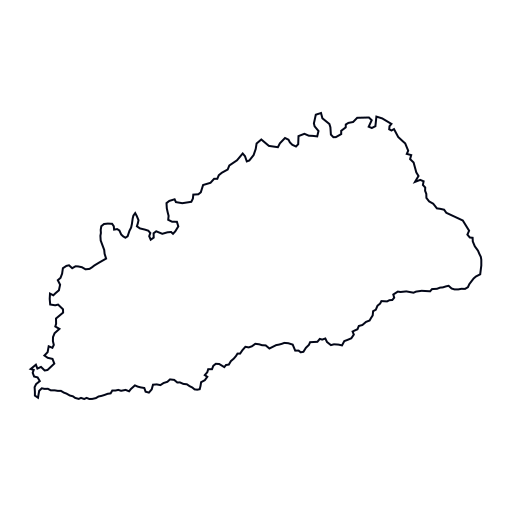 the district of São Pedro do Sul, Rio Grande do Sul, Brazil
{"feature_id": "56859067B93092116954430", "entity_name": "São Pedro do Sul", "entity_type": "district", "adm_level": 2, "iso_a3": "BRA", "parent_name": "Brazil", "parent_adm1": "Rio Grande do Sul", "projection": "mercator", "projection_center": [-54.269, -29.603], "detail": "fine", "context": "isolated", "style": "outline", "palette": "ink", "viewbox_px": 512, "rotation_deg": 0, "n_neighbors": 0, "source": "geoboundaries", "source_scale": "gbopen_adm2", "svg_char_len": 4488}
<svg xmlns="http://www.w3.org/2000/svg" viewBox="0 0 512 512"><path d="M199.7,389.2L200.5,386.0L201.1,382.2L204.8,380.2L207.3,376.8L204.8,375.1L207.3,372.2L208.2,369.2L212.0,369.2L213.3,365.8L215.8,363.8L219.2,364.0L224.3,367.1L226.0,365.0L228.8,364.6L230.9,361.1L233.8,358.6L236.0,356.0L237.5,353.6L240.1,353.6L242.4,350.2L245.4,346.8L248.7,347.4L251.9,346.3L255.3,343.8L259.2,344.3L262.0,345.2L265.7,345.4L269.4,348.5L276.2,345.1L279.0,344.6L281.9,343.8L284.3,342.9L288.2,343.2L292.7,344.6L295.2,350.6L298.6,350.6L300.7,352.3L303.4,351.8L305.9,347.8L308.9,344.9L310.1,342.2L317.4,341.8L319.8,338.9L322.2,339.6L325.3,338.5L327.0,342.0L330.9,345.1L334.0,344.3L338.5,344.6L342.0,345.4L344.3,341.1L347.5,339.9L351.3,338.3L353.8,334.6L352.6,331.5L357.5,329.2L358.8,326.0L362.4,325.0L366.0,321.9L369.6,320.5L370.9,318.2L372.7,315.4L373.1,311.2L375.8,309.7L377.5,305.7L380.1,303.6L381.4,301.1L387.1,301.4L389.4,300.2L392.3,300.0L394.2,297.7L393.3,294.5L397.8,291.6L400.5,292.0L406.3,291.4L413.5,292.7L416.1,291.6L421.7,290.8L430.1,291.3L432.0,289.1L437.0,288.8L440.1,287.6L442.8,287.4L445.9,286.4L448.6,285.8L451.6,288.5L454.5,289.4L458.3,289.4L461.4,288.8L465.0,288.9L467.9,287.2L469.4,284.0L473.6,278.5L475.9,276.5L480.2,274.3L481.3,265.5L481.3,259.7L480.8,256.8L479.4,254.0L478.0,250.7L474.8,246.3L472.8,241.5L472.6,237.8L469.8,237.5L467.4,234.6L469.1,230.7L462.8,220.5L446.3,212.8L444.1,209.7L440.1,208.8L436.9,208.4L433.2,203.7L429.1,201.4L426.4,197.9L426.3,193.9L425.1,190.8L425.2,187.5L422.9,185.0L423.6,181.3L420.2,179.9L415.0,181.9L416.7,179.0L418.5,176.0L416.3,172.4L413.6,162.5L410.1,159.1L411.2,155.1L406.8,153.9L408.2,150.7L405.2,143.4L402.6,141.1L398.2,137.0L394.0,129.1L391.5,130.5L389.2,129.3L389.5,126.2L391.4,123.9L382.2,118.4L376.4,116.6L375.4,126.2L371.8,128.0L368.7,126.7L371.7,120.2L368.9,117.5L357.2,117.8L353.1,122.0L348.4,122.9L345.8,124.5L345.7,127.4L341.2,130.8L341.2,134.1L335.9,137.1L333.4,137.2L330.9,134.6L330.4,127.3L329.4,124.0L322.4,118.3L321.0,113.0L315.8,114.7L313.9,123.4L314.6,126.3L318.5,131.0L317.2,136.4L313.0,135.9L308.8,135.7L304.4,133.8L298.5,136.1L298.2,144.2L296.0,146.5L292.3,144.8L289.9,142.4L288.5,139.7L285.0,138.0L279.9,143.3L277.9,147.2L268.9,145.9L261.3,139.5L256.6,143.5L255.7,149.0L253.6,155.1L249.3,160.5L246.8,161.4L245.0,156.2L242.7,153.5L237.0,160.3L229.3,165.5L227.7,169.5L221.9,172.7L218.8,175.2L217.3,178.8L214.1,178.8L210.5,182.8L203.1,185.0L200.8,192.3L198.3,194.3L193.3,194.6L192.9,198.6L191.3,201.8L182.3,203.2L175.9,202.1L174.6,199.3L169.3,200.9L166.5,203.1L166.8,208.3L167.7,212.4L168.6,215.9L168.2,219.8L172.0,221.7L176.9,221.8L178.3,226.4L175.3,231.3L173.0,233.8L171.1,232.0L167.5,232.3L162.3,233.8L156.2,231.3L153.6,233.3L153.7,237.6L150.7,239.7L149.2,236.2L150.3,233.0L148.3,230.7L144.9,229.6L139.9,228.4L136.9,226.3L137.8,223.4L138.5,220.2L136.8,216.1L135.2,213.1L133.4,215.6L132.7,218.4L131.9,224.0L131.1,227.6L129.5,230.7L127.6,236.3L125.4,237.7L123.2,236.4L121.2,234.5L119.4,230.5L117.2,229.1L114.1,229.6L113.8,226.3L112.1,223.8L107.8,223.6L104.0,224.0L101.3,226.2L100.7,229.9L100.9,233.0L100.4,235.8L100.7,240.5L101.8,243.5L104.2,249.9L104.6,253.8L106.1,258.6L103.3,260.2L99.1,262.6L94.3,265.5L92.0,267.3L89.5,268.9L85.5,269.3L81.9,267.2L78.0,266.4L75.5,266.3L72.2,268.2L69.0,265.3L66.4,265.9L62.9,268.2L62.1,273.7L60.5,277.9L57.8,280.2L60.1,284.7L58.9,290.3L55.6,293.1L53.3,295.3L50.0,293.6L49.7,298.9L50.2,304.5L55.2,305.3L58.1,304.6L63.0,309.3L63.1,312.6L56.0,318.5L56.1,323.8L55.3,326.5L59.4,328.9L54.6,333.2L53.0,337.1L52.9,341.1L53.8,344.9L52.4,347.8L48.7,346.3L47.6,352.2L44.4,355.5L47.7,357.8L52.5,358.9L54.3,363.6L47.5,370.0L44.7,370.5L41.0,366.9L37.4,368.6L35.9,364.7L30.7,369.0L33.7,369.9L32.7,372.8L34.1,376.5L37.6,377.4L39.8,381.1L36.1,384.1L34.6,387.2L34.9,391.9L34.9,395.6L38.0,397.7L38.5,394.7L39.2,390.8L41.8,388.3L44.5,388.9L47.9,388.8L50.7,390.3L54.5,390.3L58.0,390.9L61.0,390.9L63.8,392.6L66.5,393.6L69.8,395.5L72.9,396.3L75.1,397.9L78.7,398.9L81.0,397.9L84.2,399.0L86.6,397.9L89.4,399.0L92.3,398.9L95.9,398.1L98.5,396.5L101.5,395.9L104.7,394.9L107.6,393.8L110.6,393.4L112.3,390.5L115.6,390.5L118.3,389.9L121.1,390.8L125.6,389.9L129.1,391.3L130.8,389.1L132.7,387.4L134.9,385.4L137.7,386.6L140.7,387.4L144.3,388.0L145.6,391.7L148.9,392.6L151.7,389.4L153.0,384.7L156.7,384.4L160.4,385.1L163.6,383.0L167.4,381.8L170.0,379.4L174.2,379.9L177.3,382.5L179.9,382.4L183.3,383.9L186.9,384.3L189.5,386.1L192.3,387.5L194.6,389.4L197.3,389.7L199.7,389.2Z" fill="none" stroke="#020617" stroke-width="2"/></svg>